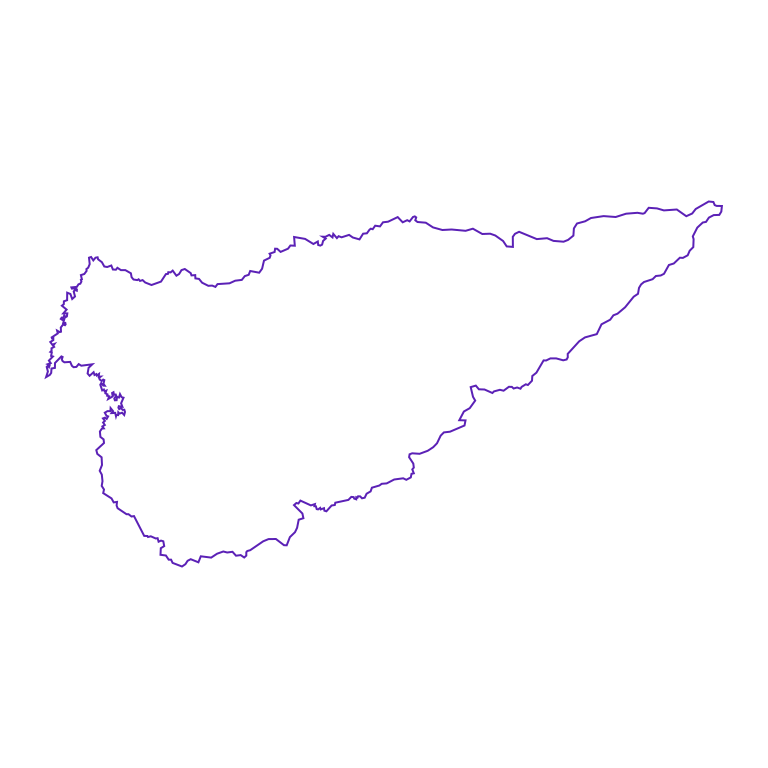 outline of Medio Atrato (Beté), Chocó, Colombia
{"feature_id": "7082276B17013880517014", "entity_name": "Medio Atrato (Beté)", "entity_type": "district", "adm_level": 2, "iso_a3": "COL", "parent_name": "Colombia", "parent_adm1": "Chocó", "projection": "albers", "projection_center": [-76.768, 6.011], "detail": "fine", "context": "isolated", "style": "outline", "palette": "violet", "viewbox_px": 768, "rotation_deg": 0, "n_neighbors": 0, "source": "geoboundaries", "source_scale": "gbopen_adm2", "svg_char_len": 6017}
<svg xmlns="http://www.w3.org/2000/svg" viewBox="0 0 768 768"><path d="M721.9,206.0L716.6,205.9L714.7,205.1L713.4,202.0L708.7,201.5L695.7,209.0L692.2,213.5L686.3,216.2L676.8,209.5L663.9,210.4L657.0,208.4L648.7,207.8L644.6,213.1L642.9,213.7L637.4,212.8L626.1,213.7L615.7,217.0L603.6,216.1L591.0,218.0L585.1,221.3L577.0,223.5L573.9,228.4L573.4,235.6L568.1,239.9L563.6,241.7L553.5,240.9L547.1,238.2L536.8,239.1L519.1,231.8L515.0,233.8L512.8,236.8L512.9,246.9L506.7,246.4L503.1,241.0L495.3,235.5L490.2,233.7L482.3,234.0L472.9,228.7L465.6,230.8L451.6,229.5L442.4,230.0L433.0,227.4L425.8,222.7L417.5,222.0L415.3,220.3L416.2,217.4L414.8,216.4L413.0,217.0L409.6,221.4L407.2,220.2L402.7,222.3L397.7,217.1L388.1,221.7L383.0,222.3L380.0,226.4L375.2,225.7L372.7,229.2L370.8,228.7L369.5,229.7L366.9,233.3L363.1,233.7L359.5,239.4L352.8,237.5L349.1,234.9L341.6,237.3L338.6,236.2L336.9,238.1L333.3,233.9L332.5,237.4L329.2,234.9L325.4,236.8L322.7,236.7L325.7,238.6L323.1,240.9L322.1,244.6L320.3,245.6L318.2,245.0L317.8,241.5L313.4,244.0L305.1,238.9L294.1,237.0L294.8,245.7L290.4,245.5L288.0,248.7L280.6,251.9L277.2,248.8L275.1,248.7L274.6,252.0L269.6,253.7L270.5,255.4L269.7,257.8L264.0,260.6L262.1,268.7L259.2,272.7L250.2,271.0L248.7,274.8L244.8,276.1L241.8,279.9L235.2,280.7L229.5,283.3L217.5,284.1L215.4,286.9L212.2,285.6L208.3,285.8L202.1,282.7L199.0,278.9L195.4,278.4L195.2,275.1L191.5,275.4L190.7,273.1L184.8,269.0L181.5,270.1L179.1,274.0L176.4,275.7L172.7,270.6L170.6,272.4L168.3,272.2L167.9,273.9L165.9,274.1L161.0,281.6L151.5,285.0L145.2,282.5L142.6,280.1L140.0,280.9L138.6,279.3L137.3,280.1L133.5,279.5L131.6,277.2L130.9,273.3L125.3,270.1L120.9,270.1L117.4,267.8L115.9,269.7L112.9,269.5L111.3,265.5L107.2,267.0L104.3,266.5L101.9,262.2L98.1,259.3L97.6,257.3L95.5,257.7L93.3,260.4L91.1,257.0L89.0,257.7L89.7,264.1L88.2,267.7L86.4,269.1L86.6,270.9L84.3,274.0L80.9,275.1L81.9,279.3L80.9,279.8L81.4,281.6L80.3,283.7L78.5,284.3L76.8,286.9L71.4,287.4L71.9,288.6L75.3,288.3L76.9,289.4L76.8,290.7L74.9,290.0L73.7,291.5L75.0,296.5L72.2,299.0L70.4,294.0L67.2,292.7L67.1,300.2L63.9,301.3L63.8,304.2L61.9,305.7L66.6,309.6L63.3,313.4L67.3,313.4L66.9,316.4L65.9,317.0L64.2,315.4L63.4,317.7L61.7,317.6L60.8,318.9L62.4,319.9L64.4,318.8L63.2,323.0L65.3,322.9L65.6,324.4L65.0,325.2L63.1,324.5L60.8,327.5L61.0,331.7L59.7,332.1L57.1,330.6L57.8,333.4L51.7,337.4L52.0,338.3L53.3,337.9L53.3,340.1L50.3,342.0L52.3,344.7L54.5,343.9L53.2,345.7L54.1,346.9L51.5,348.3L51.6,350.7L50.4,351.9L51.8,352.4L51.1,355.9L52.9,356.5L48.9,360.6L50.7,363.1L47.7,364.2L49.7,365.2L49.0,367.2L47.7,365.9L46.7,366.9L47.9,371.5L46.1,377.1L49.8,374.9L51.2,372.9L51.5,368.5L54.9,367.9L55.0,363.0L61.4,356.4L62.6,357.0L61.8,359.4L62.6,361.1L64.4,362.3L70.2,361.9L71.9,365.8L73.6,367.2L76.4,366.9L78.7,364.1L81.3,365.7L92.3,364.3L88.6,367.8L87.6,373.5L89.6,375.8L93.6,372.2L94.5,375.0L96.3,374.1L96.8,375.5L99.0,373.9L98.7,376.7L100.7,376.6L99.1,377.9L99.7,379.5L101.7,381.0L103.2,379.6L104.3,380.1L103.5,383.8L104.8,385.7L103.3,385.6L101.2,383.1L100.3,384.7L102.2,390.4L103.9,389.5L104.6,391.3L106.3,390.6L105.4,393.3L107.5,394.4L107.1,395.7L109.2,396.3L108.2,399.0L112.7,396.4L112.1,393.0L113.5,392.2L114.0,394.8L115.7,394.5L116.2,395.6L114.3,398.6L114.9,400.3L116.6,400.2L117.0,396.9L119.0,397.5L120.0,394.1L121.6,397.2L123.5,397.7L121.1,403.3L122.4,406.8L118.8,406.2L118.4,407.7L119.2,409.1L121.0,408.1L122.7,409.9L124.3,409.7L125.0,412.0L124.2,415.0L122.1,412.7L119.6,413.6L118.3,412.3L118.1,415.1L116.4,415.0L116.0,416.3L115.2,412.9L111.6,413.1L113.1,411.2L110.6,408.1L110.4,411.2L107.5,411.1L104.8,412.7L106.5,415.8L108.1,416.4L106.7,418.9L104.9,417.7L103.0,418.4L104.9,420.9L103.1,422.5L104.8,425.0L102.4,426.4L103.8,428.4L101.9,428.6L99.9,431.5L100.4,436.9L103.6,439.4L104.0,443.0L96.3,450.1L97.3,453.9L101.6,457.3L102.0,465.0L99.7,470.8L101.8,474.6L102.5,481.2L101.7,485.9L104.0,489.5L103.2,493.1L111.5,498.4L113.7,502.4L117.0,501.9L116.6,505.5L117.6,508.2L126.5,514.2L128.5,514.2L131.5,516.5L134.0,516.1L144.2,535.9L147.4,536.0L148.0,537.0L150.8,536.3L155.8,538.5L157.6,538.2L158.6,541.7L161.0,540.6L163.3,541.3L164.2,546.1L160.8,548.2L160.5,554.8L165.9,555.5L168.7,559.7L171.1,559.7L172.6,562.9L182.0,566.5L185.4,564.2L187.6,560.8L190.7,559.2L198.4,562.3L200.8,556.3L211.2,557.6L217.1,553.7L223.3,551.5L227.2,552.5L232.5,551.8L236.0,555.7L240.7,555.1L244.2,557.5L246.3,555.6L246.3,552.2L247.3,551.0L250.2,550.2L263.2,541.3L268.5,539.1L275.9,539.0L284.0,545.2L286.7,545.3L289.9,537.1L295.0,532.2L297.1,527.8L298.7,519.7L303.4,518.2L302.4,513.5L294.0,505.1L296.4,503.0L298.4,503.5L300.4,500.6L310.9,505.4L314.9,504.1L314.4,506.2L315.9,506.3L316.7,509.1L318.1,509.4L320.2,507.9L320.7,509.4L324.0,508.2L324.4,510.7L326.4,511.3L331.6,505.5L334.8,505.0L335.3,502.7L348.4,499.9L351.3,496.9L353.6,497.1L354.2,498.6L356.2,499.3L356.3,497.2L357.5,497.7L358.1,496.3L360.2,496.4L362.0,498.3L364.7,497.7L366.6,493.7L370.6,491.4L371.9,487.7L379.4,485.5L381.7,483.8L386.7,483.4L394.2,479.5L403.2,478.3L406.3,479.8L410.8,477.4L411.5,473.8L413.8,473.3L412.3,469.4L413.8,467.6L413.3,463.6L409.1,457.2L409.6,454.3L412.2,453.3L419.6,453.8L427.7,450.8L433.2,447.2L437.0,443.3L440.7,435.6L443.9,432.4L450.0,431.7L464.5,425.5L465.5,420.4L459.3,420.2L463.9,411.5L469.7,408.2L475.2,400.6L473.0,396.8L470.7,387.1L475.8,385.6L478.9,389.3L484.5,389.5L492.4,393.0L494.0,391.4L499.9,389.8L503.6,390.7L508.9,386.8L511.9,386.9L513.6,388.5L517.1,387.5L520.5,388.7L521.6,386.9L525.8,384.3L527.9,385.0L532.0,380.7L532.3,376.0L536.4,372.7L543.6,360.4L546.1,360.5L550.4,358.4L556.2,358.4L563.2,360.3L566.6,359.5L567.8,357.3L567.7,353.9L579.2,341.3L585.0,337.4L596.8,334.1L601.5,324.3L610.2,319.7L613.4,315.3L617.5,313.7L625.1,307.3L633.7,296.7L638.0,293.8L639.0,287.9L641.1,284.4L644.0,282.0L652.6,279.2L655.9,276.0L660.7,275.5L664.0,273.8L668.9,265.0L673.8,263.5L679.9,257.7L682.9,257.9L687.7,255.3L689.7,250.7L693.3,247.1L693.6,239.1L692.8,236.4L697.3,227.6L702.8,222.5L706.0,221.9L708.9,217.6L713.7,215.1L719.3,214.9L721.3,211.6L721.9,206.0Z" fill="none" stroke="#5b21b6" stroke-width="2"/></svg>